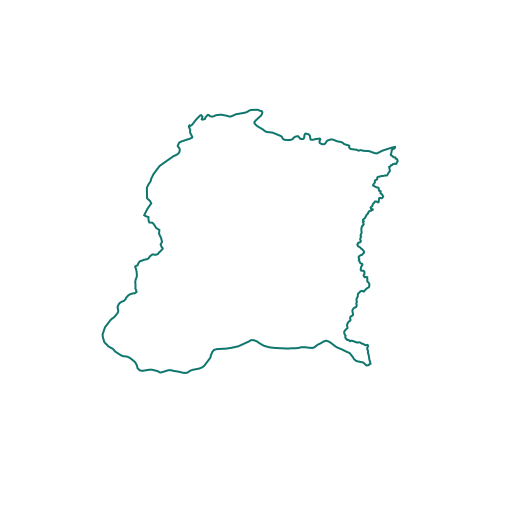 the district of Guadalupe, Huila, Colombia, rotated 61°
{"feature_id": "7082276B74381710029853", "entity_name": "Guadalupe", "entity_type": "district", "adm_level": 2, "iso_a3": "COL", "parent_name": "Colombia", "parent_adm1": "Huila", "projection": "robinson", "projection_center": [-75.679, 1.985], "detail": "fine", "context": "isolated", "style": "outline", "palette": "teal", "viewbox_px": 512, "rotation_deg": 61, "n_neighbors": 0, "source": "geoboundaries", "source_scale": "gbopen_adm2", "svg_char_len": 6137}
<svg xmlns="http://www.w3.org/2000/svg" viewBox="0 0 512 512"><g transform="rotate(61 256 256)"><path d="M405.7,208.0L402.0,207.2L396.4,205.2L395.1,205.2L394.4,204.5L393.1,204.0L391.1,203.8L390.0,202.9L389.3,201.6L387.9,201.5L387.5,202.1L387.4,203.1L386.3,204.2L385.0,204.7L384.0,205.9L382.0,207.0L381.2,208.1L380.8,209.6L379.9,210.1L379.0,211.2L377.9,211.8L376.2,213.8L376.2,214.8L375.9,215.3L374.4,215.6L373.4,217.1L372.6,217.0L371.9,217.5L371.1,217.5L370.1,217.2L369.2,216.3L367.5,216.5L365.9,216.1L364.9,215.4L364.4,214.6L363.6,212.3L363.5,211.1L362.6,210.5L360.9,210.1L360.1,209.5L359.5,208.8L358.3,206.7L358.4,205.6L358.0,204.6L357.3,204.1L356.0,203.9L355.1,203.0L354.8,202.0L354.9,200.5L354.3,199.5L351.3,198.5L350.2,198.0L349.8,197.4L349.1,196.0L348.9,195.1L349.2,193.6L348.6,192.3L347.7,191.7L346.4,191.5L345.0,190.0L343.7,189.7L342.6,189.1L341.6,188.1L341.0,186.8L339.0,185.5L338.3,184.7L338.2,183.4L337.6,182.1L337.6,180.9L338.2,179.9L339.2,179.3L339.4,178.5L338.9,177.8L338.3,175.8L338.0,173.8L338.1,172.5L337.6,171.9L335.9,170.6L333.7,170.4L332.7,170.9L331.6,170.8L330.9,170.1L329.7,169.8L328.6,169.0L327.7,169.8L327.4,171.1L326.6,171.4L325.4,171.4L324.9,171.0L324.3,169.8L323.7,169.7L322.8,169.0L321.9,168.8L320.8,169.4L320.0,171.0L318.7,171.1L316.4,169.2L315.6,167.6L314.9,167.0L314.2,167.0L313.2,168.0L312.5,168.2L311.5,168.3L310.7,167.9L309.6,168.2L308.3,166.9L307.4,167.1L306.8,166.8L306.3,166.3L306.0,164.0L306.4,162.8L305.8,161.3L305.8,160.4L304.8,159.5L303.8,159.4L301.4,159.9L300.6,160.4L298.9,160.8L296.9,162.0L295.3,161.9L294.8,161.4L294.5,160.7L294.0,160.2L294.5,158.0L294.2,157.5L293.6,157.0L292.0,156.9L290.5,155.5L290.1,154.7L288.7,154.6L286.7,152.2L284.4,151.3L282.5,150.1L281.2,148.5L280.9,147.8L281.1,147.5L280.6,146.5L279.7,146.3L279.3,146.0L278.1,146.1L277.8,145.1L277.5,145.3L276.2,144.9L275.5,142.1L273.8,139.7L273.0,137.2L272.6,137.1L271.7,135.3L271.9,134.2L272.2,133.4L272.0,132.6L272.3,132.0L272.2,131.6L272.0,131.3L271.6,131.4L270.4,132.5L269.0,132.1L268.8,130.2L267.9,129.4L267.1,128.2L266.5,126.4L266.0,125.6L266.2,125.1L266.9,124.2L268.2,123.3L268.4,122.8L265.2,120.3L265.2,119.4L266.3,118.3L266.5,117.6L265.6,115.9L263.2,115.9L261.4,116.7L259.7,115.6L258.5,116.7L256.1,115.8L255.2,116.2L254.3,117.4L251.5,119.2L251.0,119.4L250.4,118.8L249.4,116.5L247.8,115.5L247.6,114.5L247.7,112.9L246.1,111.8L245.9,110.8L246.5,109.6L246.8,107.7L247.9,105.3L248.1,104.1L249.0,102.7L249.0,102.2L247.7,100.1L246.6,97.7L242.6,96.3L242.8,95.2L242.1,93.9L242.4,92.8L242.0,91.7L242.4,91.1L242.5,89.9L243.4,89.0L243.3,88.4L242.3,87.3L241.9,86.2L239.8,85.6L238.6,86.6L237.4,86.3L236.3,87.8L234.6,88.3L233.4,89.1L232.8,89.1L231.3,87.5L229.2,85.9L228.9,84.8L229.0,82.7L228.6,81.9L228.0,81.6L227.2,83.9L225.6,91.9L225.2,94.2L224.9,100.5L223.6,102.3L219.2,106.1L215.9,111.3L214.4,112.7L213.9,113.7L213.7,115.1L211.7,116.7L208.6,121.0L207.6,121.7L206.9,121.9L206.2,121.9L204.8,121.0L204.1,121.4L203.1,122.6L200.6,124.8L199.6,125.0L197.7,126.1L195.1,129.4L192.0,131.8L191.1,132.8L190.4,133.8L189.7,136.9L189.8,138.4L190.8,140.1L191.3,141.5L191.0,142.9L190.1,144.1L188.2,145.4L187.6,145.4L186.5,144.9L185.0,143.1L184.2,143.3L182.6,147.4L181.9,150.0L180.7,151.8L180.0,151.7L177.1,150.6L175.6,150.8L174.8,151.3L173.1,153.1L172.9,153.7L173.7,155.0L174.9,155.7L176.3,157.1L176.5,157.8L176.0,159.2L174.9,160.5L172.0,161.0L171.4,161.3L170.7,163.9L170.8,165.8L171.5,167.0L171.3,169.4L169.8,172.4L168.0,174.9L166.5,175.7L164.7,175.6L163.4,175.9L156.0,181.8L153.1,186.0L151.9,187.2L150.4,188.0L148.7,188.6L143.3,191.8L141.1,192.6L139.1,193.0L138.2,192.6L137.3,190.5L135.6,183.4L134.5,181.8L133.3,180.7L132.1,180.8L130.6,182.4L129.1,183.4L126.6,188.0L125.8,189.8L125.5,192.0L125.7,193.2L125.4,195.9L122.2,205.2L122.2,207.0L121.8,210.3L121.1,211.7L118.6,214.2L115.3,218.3L113.5,222.6L113.3,225.1L112.9,226.8L111.3,228.5L109.7,229.0L109.2,229.6L109.8,231.9L110.4,233.2L111.3,234.0L111.4,234.7L110.6,237.0L110.2,237.2L108.0,235.2L106.2,235.7L106.0,236.6L107.6,242.1L110.2,248.2L110.4,250.5L109.5,250.9L109.9,251.6L110.4,252.1L113.8,252.4L116.0,253.8L121.0,254.0L121.5,254.5L121.3,258.0L120.9,258.9L119.6,266.3L119.6,268.1L121.4,270.8L122.2,271.2L124.3,270.8L125.5,270.9L127.0,271.8L128.3,273.0L129.0,275.7L128.7,280.1L130.5,296.6L134.7,306.0L137.7,310.3L139.5,311.9L141.3,315.4L143.3,318.3L152.7,323.3L156.5,322.0L159.2,322.1L162.1,328.1L166.1,334.0L167.8,333.1L169.8,331.2L173.0,332.8L175.0,333.0L176.7,330.5L178.5,330.0L183.1,329.7L186.4,327.9L189.5,330.0L194.3,330.3L198.2,331.4L199.6,333.8L202.5,334.2L204.0,333.8L204.5,334.2L205.7,337.9L205.7,338.7L206.7,340.6L206.4,342.8L206.1,343.6L204.9,345.0L204.4,346.0L204.9,349.1L205.8,350.7L206.0,352.0L205.9,353.1L204.9,356.1L204.8,358.4L204.3,359.5L204.4,360.3L205.2,362.2L206.7,364.2L206.5,366.5L207.2,367.1L208.4,367.1L211.5,367.9L214.9,369.4L216.3,370.3L218.6,373.0L220.8,374.6L222.1,375.0L226.0,377.2L229.5,377.8L229.8,380.4L229.4,380.9L228.6,383.4L228.4,385.6L228.6,386.9L229.5,389.7L230.4,390.8L231.2,393.1L230.9,395.8L231.0,397.8L231.3,398.7L232.0,400.0L233.6,401.9L236.1,402.6L237.8,403.5L238.9,404.9L240.7,409.5L241.2,413.5L245.1,422.6L250.2,428.2L252.4,429.2L257.6,430.4L259.8,430.0L261.1,429.4L263.3,429.0L268.1,426.1L271.3,425.5L277.4,422.2L279.1,420.9L281.6,417.4L284.0,415.7L287.3,414.3L290.2,413.2L294.0,413.2L296.7,414.0L299.7,413.1L301.4,411.0L303.8,404.3L304.9,402.3L308.9,397.9L311.4,396.4L312.0,394.8L313.4,388.1L314.4,386.1L316.7,383.6L319.6,379.8L323.2,375.9L324.3,373.9L324.8,372.3L324.4,369.5L324.8,366.7L326.9,360.4L327.3,357.0L326.9,354.4L322.9,345.4L320.7,343.2L318.8,340.8L317.8,338.3L318.5,335.3L322.5,327.1L324.3,322.3L326.4,315.3L327.3,303.8L327.2,301.0L328.7,298.6L331.4,296.4L333.9,295.3L338.1,292.8L341.3,289.7L342.8,288.0L345.6,284.0L352.5,272.9L353.6,270.3L355.8,266.3L356.9,263.7L357.9,260.3L359.3,257.8L362.4,253.4L363.9,251.0L364.1,248.8L363.5,245.3L363.7,242.0L363.6,238.2L364.0,235.8L365.9,234.0L368.1,232.7L373.5,230.4L375.4,229.3L379.7,225.9L383.4,223.4L386.2,221.2L390.6,220.4L393.8,220.2L396.5,219.2L401.2,213.8L405.2,212.5L405.9,211.1L405.8,210.4L406.0,210.1L405.7,209.6L405.7,208.0Z" fill="none" stroke="#0f766e" stroke-width="2"/></g></svg>